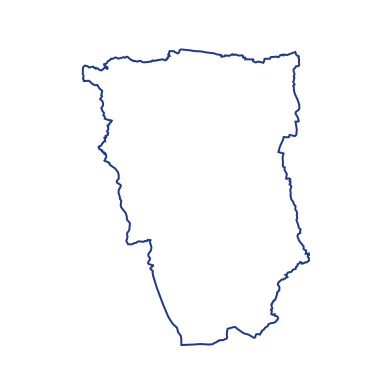 outline of Lam Thap, Nakhon Si Thammarat, Thailand, rotated 8°
{"feature_id": "78962969B74032961244175", "entity_name": "Lam Thap", "entity_type": "district", "adm_level": 2, "iso_a3": "THA", "parent_name": "Thailand", "parent_adm1": "Nakhon Si Thammarat", "projection": "orthographic", "projection_center": [99.32, 8.036], "detail": "fine", "context": "isolated", "style": "outline", "palette": "blue", "viewbox_px": 384, "rotation_deg": 8, "n_neighbors": 0, "source": "geoboundaries", "source_scale": "gbopen_adm2", "svg_char_len": 5896}
<svg xmlns="http://www.w3.org/2000/svg" viewBox="0 0 384 384"><g transform="rotate(8 192 192)"><path d="M284.4,87.2L280.0,80.1L278.8,77.2L278.3,74.3L277.5,72.7L278.6,71.4L276.9,68.9L277.3,67.5L277.2,66.1L277.6,64.9L276.6,63.4L277.2,61.9L277.1,60.9L275.7,58.0L275.5,56.2L277.0,54.5L277.3,53.2L280.1,52.3L280.4,50.8L279.7,48.2L279.7,45.9L278.7,44.2L279.0,43.1L278.7,42.6L277.3,42.4L276.0,41.5L274.8,39.0L267.2,43.1L264.1,43.1L263.9,43.9L262.3,44.0L262.2,43.6L260.5,44.1L258.9,46.5L258.1,46.5L257.4,46.1L251.1,47.5L250.6,49.2L245.3,50.0L245.2,52.1L244.7,54.1L239.4,53.6L237.1,54.8L236.5,54.8L234.2,53.9L234.3,52.3L234.0,52.2L226.1,53.2L226.1,51.6L223.8,51.7L223.5,50.1L222.8,49.7L219.3,50.4L216.3,49.8L215.4,50.2L214.7,49.9L213.9,50.6L212.8,50.0L209.9,52.0L205.8,52.1L205.7,52.9L202.3,54.0L202.0,52.3L198.0,52.3L194.1,51.6L187.3,51.8L181.3,51.5L175.1,52.1L169.7,52.0L161.4,52.3L160.1,53.3L159.9,54.0L159.9,55.4L158.7,56.8L155.3,55.7L154.6,55.1L150.2,55.6L150.0,57.0L149.3,59.3L149.5,59.6L149.9,59.0L150.2,59.0L150.3,59.9L150.9,60.4L150.2,60.7L149.5,61.6L149.1,62.2L149.5,62.6L148.9,63.2L148.9,63.9L148.3,64.4L148.0,64.3L147.6,65.3L146.7,65.3L144.5,64.6L140.6,66.0L139.8,65.9L139.0,66.7L137.6,66.8L136.0,67.6L135.0,67.1L134.2,67.5L133.7,68.5L132.7,68.5L131.7,69.0L130.6,69.1L129.6,69.7L128.0,69.8L126.6,70.3L124.7,70.3L123.6,69.5L121.3,69.5L120.2,70.4L119.2,70.5L118.1,70.2L117.5,70.4L117.2,70.2L115.9,70.5L115.4,70.0L114.5,70.1L112.6,69.3L109.6,67.3L108.5,67.1L106.8,68.4L105.5,68.0L100.8,70.1L99.8,70.0L98.8,69.5L97.1,69.5L95.9,70.5L94.4,71.3L93.2,71.3L92.9,72.2L90.3,74.5L89.6,76.5L87.1,77.8L87.4,78.6L88.1,79.1L90.7,80.1L91.2,81.1L91.0,81.8L90.4,81.8L89.3,80.9L88.3,81.0L85.5,84.2L83.4,84.0L82.0,83.0L80.9,82.7L79.9,83.3L79.3,82.4L78.1,82.8L76.7,81.6L72.6,83.0L72.1,82.8L71.4,82.0L68.4,81.7L67.4,82.6L66.7,84.2L67.4,90.0L68.4,92.1L68.5,94.0L68.2,95.0L69.0,95.7L69.4,97.2L74.3,96.2L75.9,97.0L77.7,98.5L80.5,99.6L81.8,99.7L83.3,99.2L86.1,102.5L88.9,104.3L88.9,107.5L88.6,108.7L89.6,109.7L88.1,112.8L90.6,114.5L91.7,116.7L91.8,118.8L90.7,120.9L90.6,121.8L91.5,123.0L92.1,124.5L93.7,125.6L93.9,126.9L93.5,128.3L95.1,129.6L95.4,131.5L99.1,132.3L101.3,132.3L102.6,132.5L102.1,134.1L101.2,134.6L100.6,136.7L99.8,137.0L99.9,138.6L99.3,138.5L100.3,140.9L100.2,142.4L99.5,143.1L99.5,144.0L100.8,145.1L100.5,145.7L100.8,147.1L98.6,148.6L99.4,149.8L97.7,150.4L98.0,151.2L98.6,151.8L98.4,152.2L99.0,153.9L97.6,154.4L96.9,155.9L96.2,156.5L96.1,157.5L95.3,158.9L93.9,159.6L93.3,160.6L94.1,161.3L94.0,161.9L94.4,162.1L94.6,162.6L96.9,163.0L97.6,164.0L97.3,164.4L97.9,164.8L99.2,164.9L99.5,165.9L100.4,165.7L100.4,166.2L100.8,166.0L101.2,166.3L101.0,166.9L101.7,167.1L102.3,169.4L101.5,171.1L101.5,172.1L101.0,173.1L102.3,173.7L104.1,173.8L104.5,174.3L106.3,174.7L106.6,176.2L109.3,177.8L112.4,179.2L115.7,182.4L116.4,183.5L117.0,185.5L117.6,188.9L116.2,191.2L116.0,192.5L116.6,193.3L120.0,194.8L120.7,195.6L120.1,198.1L119.2,199.6L119.3,202.8L121.3,207.2L121.6,208.8L123.1,210.3L123.2,214.7L123.6,216.3L124.2,217.2L129.2,222.0L130.7,225.0L131.4,228.4L134.5,231.1L134.9,231.9L135.2,237.9L134.8,239.2L133.4,241.9L134.3,245.3L134.3,247.5L133.7,249.0L134.0,250.0L136.0,252.6L138.9,252.4L140.3,251.9L142.1,250.5L143.6,250.2L145.2,248.7L146.2,248.3L151.0,248.0L152.2,247.1L154.1,247.0L154.8,245.5L155.9,245.7L156.6,245.4L157.6,245.5L157.2,247.3L159.2,251.5L159.6,253.2L159.3,256.1L157.7,258.9L157.4,260.0L157.8,261.4L159.7,263.5L159.7,264.7L158.4,267.6L158.4,268.6L159.3,269.4L163.6,270.0L163.7,270.6L161.4,273.1L161.4,273.6L162.1,274.4L164.2,275.7L164.2,277.4L165.3,280.7L170.5,291.7L178.9,307.2L185.9,318.9L188.5,322.1L191.5,325.4L196.1,328.6L197.7,332.7L200.9,336.0L201.7,338.4L202.8,345.0L213.4,343.1L222.0,341.3L230.2,340.7L232.0,340.1L233.2,340.1L236.3,337.6L237.2,337.4L237.8,336.4L239.4,335.7L239.5,335.1L243.8,334.2L245.3,333.0L246.9,332.2L247.0,331.0L246.3,328.4L246.1,325.5L246.3,322.5L251.8,320.1L253.6,319.7L256.3,321.4L262.8,324.7L268.0,325.4L273.4,327.7L274.2,327.6L274.9,327.0L274.8,326.0L275.4,323.9L276.2,323.6L279.1,323.7L279.2,323.0L279.7,322.5L279.7,321.6L280.5,320.7L280.4,319.8L282.2,318.2L283.5,316.0L285.5,314.4L286.3,312.1L288.2,311.0L291.7,309.9L293.5,308.2L293.7,307.2L294.6,306.5L294.5,305.8L294.9,305.0L293.8,303.4L291.3,303.0L291.1,301.6L290.1,301.7L289.2,302.4L287.5,301.8L287.7,299.0L286.7,298.1L286.8,297.2L287.6,296.8L287.7,295.8L286.5,293.5L286.2,292.1L287.1,291.4L287.0,290.2L287.5,289.6L287.5,288.9L288.3,288.5L288.6,287.5L289.4,287.2L290.4,281.5L290.2,279.9L291.3,278.5L291.4,277.7L292.1,277.2L291.8,274.0L289.8,271.7L290.2,270.5L290.0,269.7L293.2,266.1L294.4,266.1L295.3,265.0L296.1,264.9L297.3,263.6L298.4,263.0L297.8,262.1L296.1,261.1L297.3,260.5L298.2,258.4L301.5,257.2L302.8,254.8L305.3,253.8L305.5,251.6L306.5,250.9L306.7,248.7L307.3,248.5L308.0,247.9L308.6,247.1L308.7,246.4L310.4,246.5L310.6,247.6L311.3,247.6L313.4,246.5L313.9,245.9L315.1,245.8L315.8,245.4L316.0,244.9L317.3,243.9L317.0,241.2L315.9,240.3L315.5,239.5L315.6,238.4L316.6,238.0L316.3,236.6L313.2,237.4L313.2,234.1L311.3,233.5L310.4,232.9L310.1,230.3L305.0,225.5L302.7,221.5L302.6,220.4L302.9,219.1L304.9,217.5L304.5,215.4L304.7,213.8L302.6,212.4L301.9,210.0L299.3,205.3L299.8,203.1L299.0,200.5L299.0,198.5L298.4,196.8L296.6,194.7L296.5,191.6L294.7,190.0L293.4,187.5L291.4,185.5L290.4,182.6L289.9,181.8L290.1,180.1L289.0,176.2L289.6,173.0L289.2,171.9L287.6,171.0L287.7,170.1L288.4,169.0L288.2,168.4L287.1,167.8L287.1,167.2L287.7,166.3L287.6,165.7L286.4,165.0L284.3,165.7L283.3,165.6L283.4,161.0L280.8,157.6L280.4,156.7L280.5,154.8L279.5,154.5L278.4,153.8L277.6,147.9L276.9,145.6L277.3,141.1L272.0,140.4L272.8,134.5L274.9,127.6L275.1,124.8L279.7,124.5L280.5,123.9L280.7,121.9L286.0,122.3L286.4,122.1L287.3,120.6L287.1,115.6L284.7,107.9L287.6,107.4L287.9,107.0L286.4,103.5L283.9,100.4L283.5,99.2L283.8,98.2L286.1,95.9L286.7,94.7L286.1,90.8L284.4,87.2Z" fill="none" stroke="#1e3a8a" stroke-width="2"/></g></svg>